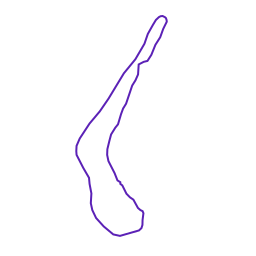 Onoun, Federated States of Micronesia, rotated 351°
{"feature_id": "79324940B78621777989010", "entity_name": "Onoun", "entity_type": "district", "adm_level": 2, "iso_a3": "FSM", "parent_name": "Federated States of Micronesia", "parent_adm1": "", "projection": "robinson", "projection_center": [149.692, 8.587], "detail": "fine", "context": "isolated", "style": "outline", "palette": "violet", "viewbox_px": 256, "rotation_deg": 351, "n_neighbors": 0, "source": "geoboundaries", "source_scale": "gbopen_adm2", "svg_char_len": 955}
<svg xmlns="http://www.w3.org/2000/svg" viewBox="0 0 256 256"><g transform="rotate(351 128 128)"><path d="M107.7,170.5L104.3,160.1L103.5,157.6L103.2,151.3L104.3,145.7L107.6,137.8L110.3,131.7L115.5,125.7L118.7,122.8L123.3,113.2L126.2,108.0L129.9,103.7L138.8,86.7L142.8,82.1L146.3,76.7L148.5,66.9L153.9,65.1L157.7,64.8L162.5,59.4L168.1,50.1L174.0,43.4L178.3,35.6L182.9,29.1L183.0,27.5L182.7,25.5L181.9,24.4L179.7,22.8L177.7,22.7L175.9,23.3L174.0,24.6L172.5,25.6L168.7,30.1L162.3,38.2L157.4,47.4L146.0,61.3L132.5,73.3L113.4,95.9L102.8,107.1L90.7,117.6L78.7,130.8L74.4,137.6L73.3,142.8L73.0,146.5L77.6,160.5L81.7,171.1L81.3,177.2L81.6,186.9L79.5,196.5L79.9,203.5L82.4,211.9L88.6,221.4L96.8,230.8L103.2,233.3L122.8,230.9L125.6,229.0L127.1,226.0L128.0,221.1L129.9,214.6L129.4,212.4L127.4,211.0L125.3,208.5L122.1,199.6L119.1,196.8L116.2,192.7L113.4,183.8L111.7,182.0L111.9,180.3L109.4,178.1L107.7,170.5Z" fill="none" stroke="#5b21b6" stroke-width="2"/></g></svg>